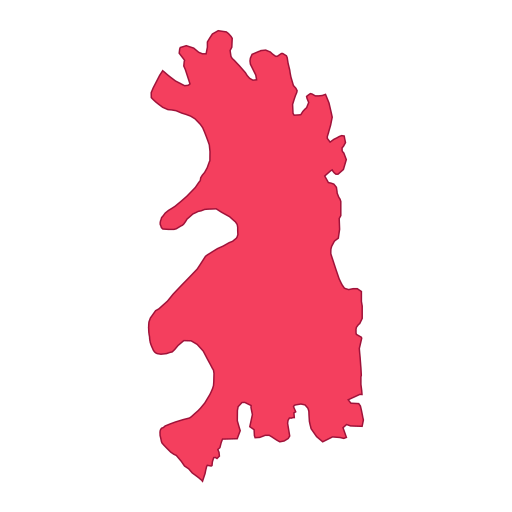 the district of Kafr Al-Zayyat, Al Gharbiyah, Egypt
{"feature_id": "37247803B98548852573050", "entity_name": "Kafr Al-Zayyat", "entity_type": "district", "adm_level": 2, "iso_a3": "EGY", "parent_name": "Egypt", "parent_adm1": "Al Gharbiyah", "projection": "equal_earth", "projection_center": [30.818, 30.807], "detail": "fine", "context": "isolated", "style": "filled", "palette": "rose", "viewbox_px": 512, "rotation_deg": 0, "n_neighbors": 0, "source": "geoboundaries", "source_scale": "gbopen_adm2", "svg_char_len": 5968}
<svg xmlns="http://www.w3.org/2000/svg" viewBox="0 0 512 512"><path d="M180.3,47.5L179.7,49.0L179.2,53.2L184.1,59.6L184.6,60.3L184.2,61.7L183.8,66.0L185.4,69.7L190.0,83.9L188.3,85.3L184.6,85.7L175.5,81.0L170.5,77.2L167.6,74.9L164.3,72.0L163.1,71.1L162.7,70.7L159.7,75.3L153.2,87.9L151.2,92.7L151.3,97.6L153.1,99.5L155.9,102.1L158.8,104.4L162.7,107.3L165.9,108.7L167.9,109.6L171.6,109.9L176.1,110.7L181.8,113.1L186.0,114.4L190.6,116.1L195.0,118.8L200.3,124.3L202.7,127.7L204.5,131.9L206.1,136.0L207.9,140.8L209.3,144.8L210.0,151.6L209.9,160.8L209.4,161.7L207.2,167.8L204.6,172.5L202.3,175.2L200.7,177.8L200.3,180.6L198.8,182.4L195.4,187.4L186.9,196.2L180.5,201.8L177.8,204.0L175.2,206.2L171.8,208.4L168.5,210.4L165.2,213.1L163.1,215.9L161.6,217.6L161.1,219.4L160.5,221.0L160.2,222.6L160.2,224.3L161.0,226.3L161.4,227.6L162.8,229.0L168.7,229.4L173.9,229.4L176.2,228.8L181.0,225.9L182.3,225.3L183.6,224.2L185.5,221.6L187.0,219.1L189.1,217.3L192.8,214.0L193.6,213.6L195.8,212.6L198.2,211.4L201.1,210.8L204.7,209.4L208.4,209.1L212.2,209.0L216.2,208.8L221.3,212.1L222.0,212.5L229.6,216.7L231.7,218.6L235.0,221.5L235.4,221.8L237.2,224.5L237.7,227.3L237.7,230.5L237.9,234.6L237.1,237.0L236.3,238.3L233.9,240.2L232.6,241.3L229.1,242.7L225.4,244.8L223.1,246.1L217.5,248.6L212.3,251.8L210.3,253.1L207.5,254.8L205.5,256.3L200.1,264.7L197.2,269.1L187.5,279.2L182.2,284.6L174.9,292.3L173.1,294.2L167.5,301.1L158.8,308.9L155.6,310.7L150.4,318.0L149.0,321.9L148.9,322.5L148.9,323.0L148.8,323.6L148.8,324.2L148.7,324.7L148.7,325.3L148.7,325.9L148.7,326.4L148.6,327.0L148.6,327.5L148.6,328.1L148.7,328.7L148.7,329.2L148.7,329.8L148.7,330.4L148.8,330.9L148.8,331.5L148.8,332.1L148.9,332.6L149.0,333.2L149.0,333.8L149.1,334.3L149.2,334.9L149.3,335.4L149.4,336.0L149.5,336.5L149.6,337.3L149.6,338.1L149.7,338.9L149.8,339.7L149.9,340.5L150.1,341.4L150.2,342.1L150.4,342.9L150.7,343.7L150.9,344.5L151.2,345.2L151.5,346.0L151.8,346.7L152.1,347.4L152.5,348.2L152.8,349.0L153.1,349.6L153.4,350.3L153.9,351.0L154.4,351.7L155.0,352.3L155.5,352.7L155.9,353.0L156.3,353.2L156.6,353.3L157.2,353.6L160.9,354.2L166.5,353.6L169.6,352.5L172.2,351.9L174.7,349.5L178.0,345.5L180.6,343.3L183.8,340.6L191.1,340.8L197.2,344.4L203.2,351.0L203.9,352.3L207.5,359.2L210.4,364.5L212.7,368.9L213.4,369.8L213.6,370.9L214.0,373.4L213.8,381.6L213.5,385.6L212.6,388.5L211.1,392.0L209.9,394.5L204.8,403.0L200.5,408.2L198.0,410.8L194.8,413.6L191.4,416.7L189.5,418.0L186.0,418.9L183.2,419.6L175.4,422.0L170.5,423.8L165.1,426.0L163.3,427.6L161.6,428.2L160.9,429.1L160.3,430.3L160.0,432.1L160.1,435.5L160.9,438.9L161.4,441.4L162.0,443.0L164.0,445.3L167.1,448.5L170.8,452.2L173.9,454.3L176.3,455.4L181.2,461.2L184.5,466.0L188.7,468.8L192.2,472.9L197.5,476.8L201.9,480.4L202.4,481.2L202.5,481.3L204.1,476.4L204.9,474.0L205.1,473.3L205.8,469.8L206.4,467.5L206.5,466.8L207.3,465.3L208.3,465.5L211.2,466.0L212.0,465.5L212.4,461.8L213.7,457.6L215.4,457.5L217.0,458.5L219.4,456.1L219.0,452.3L217.8,449.5L219.9,447.6L221.1,442.9L221.5,441.7L222.5,439.1L226.5,439.0L237.2,438.7L240.2,430.7L239.2,427.4L237.3,420.8L237.4,411.4L237.4,410.5L238.1,406.7L242.0,402.5L244.8,402.4L248.0,404.0L251.1,405.5L251.0,407.6L252.4,414.6L249.8,426.7L254.1,429.7L254.4,435.6L255.1,437.7L259.7,437.4L262.7,436.3L265.2,435.3L268.4,435.3L269.2,435.3L271.9,436.9L274.9,438.9L276.9,440.2L279.8,441.8L283.5,441.1L284.1,441.0L288.2,438.5L289.7,436.0L287.6,423.3L288.0,420.4L289.4,418.0L291.4,418.1L293.0,417.6L294.3,417.6L293.9,412.9L295.7,411.8L293.5,406.7L294.3,405.4L295.5,404.9L300.9,404.0L305.0,404.9L307.2,407.4L307.9,408.2L308.8,411.0L308.9,412.0L309.0,414.9L309.2,418.1L309.4,421.4L310.1,424.7L310.6,426.6L311.1,428.7L316.6,436.6L322.7,441.8L332.5,436.9L340.0,437.5L343.8,438.4L346.4,437.4L343.0,427.7L346.6,424.5L348.0,425.0L350.5,425.9L355.3,426.1L362.1,426.3L363.4,420.0L362.8,417.4L362.4,415.2L361.4,410.2L360.4,406.0L358.7,403.6L350.9,403.2L348.2,399.8L352.4,397.8L354.2,397.0L359.8,394.4L362.0,394.5L361.7,390.5L360.9,384.4L360.9,381.5L360.9,376.8L361.3,375.4L360.9,367.9L360.7,365.6L360.5,362.7L360.1,357.5L359.7,353.3L359.4,349.7L359.3,348.5L360.5,343.4L361.7,338.2L361.3,337.2L356.4,334.4L356.0,333.0L356.0,329.2L356.4,327.3L358.5,324.5L359.7,323.6L362.2,318.4L362.2,313.2L362.2,306.1L362.0,305.0L361.4,301.4L361.4,291.5L357.3,288.7L353.1,288.7L348.6,289.6L345.7,288.7L344.4,288.2L342.9,286.0L342.4,285.4L341.1,283.0L339.1,278.8L336.2,270.3L335.4,267.9L333.7,262.7L330.8,253.8L330.8,251.4L330.9,249.1L331.3,247.6L331.7,246.2L334.2,241.5L335.0,240.6L338.3,238.2L339.6,229.3L339.2,218.5L340.8,215.6L340.8,205.7L340.8,201.5L340.0,199.1L338.8,197.3L337.1,193.0L337.1,192.1L336.4,187.3L335.1,185.7L333.8,184.1L330.9,183.1L328.4,182.6L324.7,176.0L330.5,170.9L332.2,169.9L333.0,171.3L334.2,172.8L335.9,174.2L338.0,174.2L343.4,169.5L346.3,159.6L343.8,153.0L342.5,151.6L342.1,150.6L342.1,147.8L343.4,146.4L345.5,142.6L344.7,138.8L344.2,136.0L341.7,135.6L339.3,136.5L336.8,137.9L333.9,139.3L330.1,142.1L327.3,138.4L327.3,136.5L328.5,132.7L329.1,130.4L330.6,125.2L332.2,117.2L331.4,113.4L329.0,103.0L327.3,98.8L325.5,94.4L322.3,95.5L318.6,95.9L315.3,95.9L312.0,94.0L310.4,93.6L308.5,94.9L306.6,96.4L307.0,98.3L308.7,102.5L306.6,107.7L305.0,109.1L302.9,111.4L300.8,114.7L299.1,114.9L294.2,115.2L293.8,114.7L293.0,113.3L292.6,104.4L294.2,99.2L295.5,95.4L296.7,92.6L297.1,90.7L295.9,88.3L293.4,85.5L290.9,77.0L290.1,72.8L289.7,70.0L288.9,66.7L288.0,62.9L287.2,57.7L286.4,55.8L282.7,53.5L281.4,53.5L277.3,56.3L275.6,56.3L272.3,53.9L270.3,52.0L265.7,50.1L260.8,50.6L259.9,51.1L258.7,51.5L252.9,54.0L252.1,54.3L250.4,58.1L250.0,60.9L250.4,64.2L255.8,75.1L256.6,79.8L252.9,80.2L249.6,78.3L247.1,75.5L245.4,72.7L239.2,65.6L236.9,63.2L234.3,60.4L232.2,58.5L231.4,57.1L231.0,56.6L230.5,53.3L230.1,50.5L231.8,47.2L232.2,38.3L231.0,36.4L228.5,33.6L226.3,31.9L218.2,30.7L212.4,34.0L209.9,37.8L208.2,40.6L207.4,42.0L207.4,47.2L206.1,53.8L202.4,53.8L198.7,52.3L193.7,48.1L186.3,45.7L183.0,46.7L180.3,47.5Z" fill="#f43f5e" stroke="#9f1239" stroke-width="1.5"/></svg>